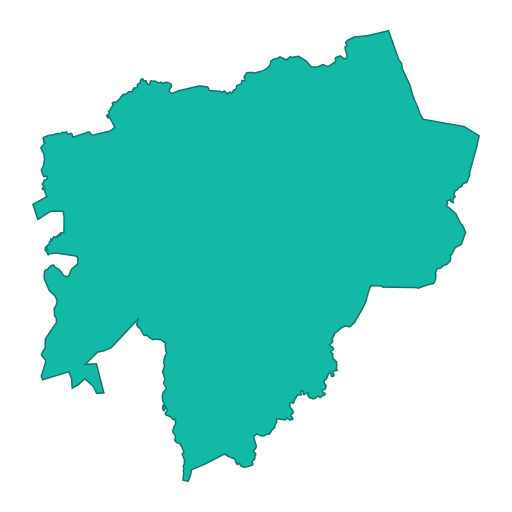 Aizkalnes pag., Preilu, Latvia (Mercator projection)
{"feature_id": "27541924B10227546219094", "entity_name": "Aizkalnes pag.", "entity_type": "district", "adm_level": 2, "iso_a3": "LVA", "parent_name": "Latvia", "parent_adm1": "Preilu", "projection": "mercator", "projection_center": [26.738, 56.2], "detail": "fine", "context": "isolated", "style": "filled", "palette": "teal", "viewbox_px": 512, "rotation_deg": 0, "n_neighbors": 0, "source": "geoboundaries", "source_scale": "gbopen_adm2", "svg_char_len": 5901}
<svg xmlns="http://www.w3.org/2000/svg" viewBox="0 0 512 512"><path d="M42.6,379.8L68.8,371.7L71.6,378.7L72.2,388.2L77.7,385.1L84.8,378.8L93.5,386.5L96.6,393.3L103.9,392.9L96.4,363.8L85.2,364.4L97.4,352.2L103.9,350.8L111.2,347.7L137.8,319.4L136.7,324.8L138.7,327.8L139.5,327.3L143.6,335.0L145.4,335.7L146.9,335.0L148.8,337.2L152.8,339.7L155.1,339.2L160.6,339.6L165.7,343.3L165.3,344.7L165.5,348.6L165.9,351.4L166.7,353.5L165.1,355.8L164.5,358.0L163.7,362.2L164.5,366.1L162.6,371.8L165.2,379.5L164.1,381.4L163.8,383.8L166.6,388.4L163.7,391.7L162.7,393.7L162.3,396.9L162.8,400.9L165.4,406.6L163.0,405.3L162.6,407.7L163.2,410.3L164.4,410.5L165.7,407.0L167.3,409.6L166.9,411.2L165.4,412.9L165.4,414.0L166.3,415.0L170.7,416.9L173.1,419.6L174.0,419.8L175.0,418.9L175.8,419.8L175.4,420.9L175.6,424.4L174.4,425.8L172.6,431.1L173.3,433.1L174.3,433.8L175.2,435.5L175.4,437.4L174.8,440.4L176.6,442.5L180.3,443.7L180.6,445.2L181.9,446.9L182.6,449.1L183.6,450.0L183.9,451.5L182.3,454.3L184.6,460.3L184.2,462.2L184.5,464.0L183.2,465.9L183.8,468.7L183.3,471.2L183.7,472.9L183.0,480.1L188.1,481.3L190.5,475.2L191.6,469.7L205.1,464.0L224.7,453.9L225.6,455.1L227.2,454.9L227.5,456.1L234.1,458.7L235.1,459.5L236.0,462.7L237.3,464.5L239.6,463.5L240.1,463.9L240.4,465.7L242.7,466.9L245.3,467.2L252.3,465.2L252.8,464.6L252.8,463.6L252.1,462.3L252.2,461.4L254.7,459.1L255.0,456.3L255.7,454.8L255.6,453.6L253.5,451.2L255.9,447.9L256.3,446.1L253.8,437.5L254.0,436.2L256.8,433.8L260.8,435.7L263.9,436.0L266.5,434.2L269.5,434.1L271.6,430.4L274.5,427.6L275.2,424.4L276.7,422.2L276.4,419.6L277.0,418.8L285.1,419.9L287.4,417.9L289.8,420.0L292.7,419.4L292.7,418.2L290.9,415.7L291.3,414.3L292.8,413.6L293.1,411.7L292.6,410.1L290.1,407.5L289.7,402.9L290.8,402.3L292.6,403.2L293.6,403.0L294.7,399.3L295.6,398.4L297.2,395.2L301.5,394.8L300.6,392.1L301.9,390.5L303.4,392.3L303.2,393.3L303.9,394.7L307.1,392.8L308.1,393.0L308.3,393.7L307.7,395.0L309.4,397.6L313.2,398.9L315.3,398.2L317.0,396.5L318.5,396.2L320.3,397.6L322.3,395.7L324.7,395.1L325.1,393.3L323.4,392.9L322.0,391.3L322.9,389.9L324.8,389.2L325.8,387.7L326.1,385.6L324.2,382.9L324.3,380.4L326.6,379.0L327.5,375.8L329.2,372.6L330.5,373.1L331.7,376.3L333.0,376.4L334.1,375.4L333.0,372.7L333.2,371.1L337.2,370.3L336.3,368.4L336.9,365.5L336.4,363.1L336.6,361.7L333.1,358.8L333.0,357.3L332.3,356.0L333.0,354.0L330.4,351.9L333.6,348.9L332.9,347.6L330.4,345.9L329.7,344.3L332.5,342.3L332.7,340.5L331.8,339.1L332.6,338.1L335.1,332.6L336.9,331.8L341.7,327.6L345.6,325.9L349.9,326.8L354.4,322.6L362.4,308.7L365.9,301.5L368.3,292.4L370.8,285.7L381.1,285.9L382.9,287.1L416.4,287.6L418.1,288.2L429.0,284.4L432.8,283.8L434.3,282.4L435.5,279.2L435.9,276.2L435.6,272.7L436.8,269.4L437.4,268.6L440.7,268.2L442.9,265.8L447.1,264.2L450.3,260.7L450.7,257.8L450.2,254.9L451.5,254.8L455.2,247.6L461.3,244.4L465.6,232.5L462.4,224.9L460.7,223.7L455.8,213.7L446.2,205.4L447.6,203.7L447.0,201.3L450.3,199.3L450.5,199.8L450.1,200.6L450.6,201.2L453.0,202.7L453.4,201.7L453.0,200.3L453.2,199.1L455.2,196.5L453.8,195.4L454.9,190.7L456.8,190.1L458.4,188.0L461.3,186.7L463.1,183.5L466.8,182.5L469.7,175.2L469.6,172.4L476.6,147.4L479.1,135.9L464.4,126.7L423.2,119.3L419.6,113.2L418.1,108.2L414.4,99.8L412.3,94.0L410.1,85.5L402.3,68.7L401.7,63.8L398.7,59.5L388.5,30.7L368.4,35.5L354.4,37.0L347.5,40.3L345.6,42.4L347.0,45.6L345.1,46.9L345.2,49.2L347.2,56.0L346.8,57.9L344.5,59.1L340.5,55.9L336.3,57.2L335.3,58.0L335.6,61.6L328.0,66.6L322.6,64.5L317.9,67.0L311.3,66.9L306.1,61.0L298.6,56.3L291.6,57.4L290.1,56.7L286.6,59.9L279.8,56.8L278.8,57.8L272.8,59.5L270.8,61.2L270.3,64.4L269.4,65.9L267.3,68.1L263.3,70.7L254.1,73.1L252.3,72.4L246.9,72.6L244.3,76.7L244.7,77.4L244.1,78.1L244.8,78.7L245.0,80.5L243.6,81.0L241.8,80.4L241.2,84.0L236.9,85.6L235.8,89.4L233.6,90.0L233.5,90.9L232.5,91.7L232.9,92.2L231.5,93.3L230.6,93.2L230.4,92.2L229.2,92.2L227.5,94.0L224.3,91.0L222.0,92.2L220.5,91.4L209.4,90.5L207.7,87.0L199.5,85.9L178.5,90.8L171.4,93.6L169.2,91.5L169.7,89.0L171.4,86.7L171.3,84.4L169.4,83.1L166.2,82.2L162.1,83.4L161.1,82.1L159.0,83.0L154.8,81.0L152.8,81.4L151.4,80.7L150.2,81.4L149.8,84.4L148.3,84.6L147.4,84.1L145.9,80.7L143.9,80.9L143.2,79.3L141.9,78.7L140.5,80.5L140.3,82.6L137.4,84.5L137.2,87.1L136.8,87.7L133.8,88.0L132.2,91.5L128.8,91.7L126.5,94.0L123.3,94.4L120.6,97.3L120.2,98.5L117.6,100.9L115.0,102.5L113.4,102.2L112.4,103.0L112.3,103.4L113.2,105.0L113.0,105.7L111.6,106.8L110.5,109.6L108.5,111.5L109.5,112.7L109.2,113.7L106.6,115.5L107.5,117.3L108.2,116.1L108.9,116.4L108.5,117.6L110.0,118.1L114.9,127.3L110.0,131.0L92.3,135.3L89.0,131.8L72.9,137.2L71.9,134.1L70.9,133.2L67.5,134.4L66.6,131.8L64.7,132.6L62.7,132.3L59.9,133.9L57.3,133.4L52.4,135.0L49.1,135.3L43.8,137.3L43.0,138.5L43.8,140.0L43.5,141.5L44.9,143.0L40.8,147.8L43.9,154.2L44.5,159.4L43.6,165.3L41.3,170.0L43.6,176.6L47.4,176.2L47.0,177.1L47.4,178.3L45.4,180.0L44.5,179.9L43.7,181.2L43.8,182.0L42.2,183.9L42.7,185.1L43.5,185.3L44.0,186.9L42.7,187.8L42.3,189.1L43.2,189.7L44.7,189.3L45.1,190.5L44.8,191.5L46.9,196.6L32.9,204.5L37.9,219.5L49.6,211.8L53.1,211.2L63.2,211.3L64.1,217.8L63.9,232.9L60.9,232.8L59.6,234.1L60.6,234.8L60.1,235.8L58.9,234.9L58.2,236.2L57.6,235.7L57.4,236.8L56.7,236.5L56.0,237.4L54.2,236.6L52.0,239.2L50.7,239.0L50.8,239.8L52.0,239.7L51.9,240.7L49.5,241.5L49.1,244.6L47.5,245.1L46.8,247.0L45.7,246.9L45.2,249.0L46.3,248.0L47.5,249.4L45.8,250.2L46.6,252.1L48.0,253.1L47.7,254.1L48.1,254.8L48.4,254.0L56.2,253.0L78.1,256.4L76.9,256.8L77.9,258.3L77.8,263.4L77.1,264.6L72.3,268.4L71.1,269.9L69.0,275.7L66.9,276.8L63.5,275.5L61.1,271.7L58.4,269.1L54.8,267.0L54.2,265.3L52.4,265.0L50.9,265.8L48.1,268.5L48.0,269.6L45.6,269.8L44.7,271.4L44.2,274.6L44.3,279.0L49.3,290.6L55.5,296.3L55.7,297.8L56.6,298.6L57.1,302.4L55.6,306.4L54.1,308.4L54.7,316.0L56.2,318.0L56.5,322.3L45.4,338.9L45.2,347.8L41.5,353.8L41.5,355.0L45.5,360.3L45.7,362.0L41.3,376.3L42.6,379.8Z" fill="#14b8a6" stroke="#0f766e" stroke-width="1.5"/></svg>